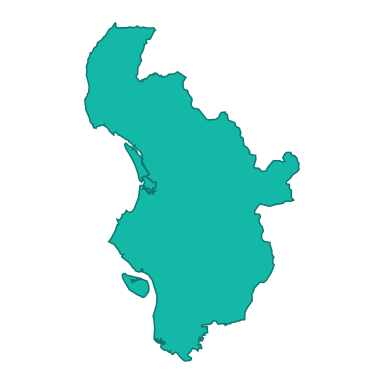 Muisne, Esmeraldas, Ecuador
{"feature_id": "8360857B78809265584676", "entity_name": "Muisne", "entity_type": "district", "adm_level": 2, "iso_a3": "ECU", "parent_name": "Ecuador", "parent_adm1": "Esmeraldas", "projection": "albers", "projection_center": [-79.984, 0.54], "detail": "fine", "context": "isolated", "style": "filled", "palette": "teal", "viewbox_px": 384, "rotation_deg": 0, "n_neighbors": 0, "source": "geoboundaries", "source_scale": "gbopen_adm2", "svg_char_len": 6016}
<svg xmlns="http://www.w3.org/2000/svg" viewBox="0 0 384 384"><path d="M153.6,27.8L148.9,28.2L142.9,27.2L141.3,27.8L138.9,27.2L137.2,26.0L135.8,27.1L131.9,27.8L130.0,26.8L128.0,27.6L118.4,27.9L116.2,27.2L115.5,25.7L116.0,24.0L115.4,23.0L114.7,23.3L112.0,27.7L109.4,29.1L104.9,36.4L104.0,36.7L101.6,39.9L97.6,42.6L96.5,46.4L93.8,48.3L92.8,51.3L91.4,53.1L90.4,52.8L89.7,56.3L88.0,59.2L87.9,62.2L86.4,66.9L86.9,70.9L86.4,74.6L89.2,86.0L88.7,92.5L87.5,93.8L87.3,95.9L85.0,99.2L84.9,100.8L86.0,110.1L89.4,117.8L90.2,121.8L92.3,124.4L92.9,124.6L93.5,123.8L93.0,125.7L93.7,127.6L93.2,128.1L94.5,127.6L96.0,128.4L96.9,126.6L104.4,124.5L103.8,125.4L107.5,127.8L109.9,131.5L113.8,135.1L114.0,132.8L115.7,132.0L118.3,134.9L120.0,135.3L126.1,139.5L128.4,140.1L128.7,141.5L132.2,144.1L133.8,146.3L135.5,144.6L134.3,146.7L139.2,150.4L141.3,153.1L142.7,158.8L142.1,162.2L143.9,164.3L145.9,169.1L149.3,173.3L148.8,174.9L147.0,176.1L147.2,177.3L151.2,180.1L153.0,182.4L155.8,181.9L156.2,182.3L156.3,183.0L155.4,187.9L154.9,188.4L153.1,188.6L153.1,191.3L151.4,191.6L152.8,193.4L154.4,191.1L155.3,190.6L155.7,190.7L154.3,191.6L152.9,194.0L151.0,192.4L150.0,193.1L150.2,194.6L149.9,193.8L149.0,194.2L144.4,188.4L142.7,189.1L143.7,187.7L143.0,185.4L140.6,185.4L139.9,185.9L138.6,197.5L134.1,209.1L131.9,211.7L129.9,212.4L128.2,212.1L126.3,210.4L125.0,213.0L123.3,214.4L122.1,214.5L122.4,215.6L120.2,219.4L119.1,220.1L117.0,219.3L118.9,224.2L117.3,224.7L115.0,231.4L110.9,238.9L108.6,241.6L114.0,244.3L118.8,250.5L120.3,253.6L121.9,255.0L123.3,254.6L121.7,256.9L128.2,261.9L131.6,265.7L132.8,268.1L133.9,267.9L135.5,270.8L139.1,272.1L141.2,270.6L142.4,270.8L142.4,269.6L141.6,270.0L141.2,269.4L142.2,268.2L141.4,269.6L142.6,269.5L142.7,270.8L141.1,270.9L140.6,271.6L143.9,272.2L149.5,275.5L149.4,276.5L152.2,279.9L157.0,295.8L156.6,304.7L153.1,316.4L153.9,318.7L154.7,328.3L154.1,338.2L157.7,339.5L160.2,342.5L163.6,344.2L164.4,342.0L161.4,341.8L160.7,341.3L160.7,339.2L161.4,338.0L161.2,341.4L164.1,341.4L164.9,342.4L164.0,344.4L161.4,344.0L160.7,346.4L161.5,348.2L164.2,350.1L167.1,350.6L168.7,351.9L169.8,351.3L169.3,352.2L170.9,352.6L172.0,354.3L173.1,354.2L175.2,352.3L176.7,352.6L180.0,356.9L183.8,360.4L185.4,361.0L190.3,360.3L191.4,359.4L191.2,357.8L188.4,356.3L187.9,355.2L188.3,353.7L190.5,351.8L192.6,348.2L196.6,349.6L197.8,351.0L198.9,348.1L201.3,348.5L201.9,348.0L200.6,344.5L199.1,345.4L198.0,345.0L199.0,343.5L198.5,341.5L199.4,337.6L199.9,337.2L200.9,337.8L200.2,341.0L202.1,340.9L203.5,338.5L202.1,336.4L202.2,335.3L204.9,335.0L203.6,334.1L203.9,333.5L207.6,332.7L207.1,326.6L202.4,327.0L201.5,326.4L201.6,325.4L210.4,324.1L211.9,323.2L213.1,320.9L215.7,320.8L218.1,324.2L220.4,324.1L221.8,323.3L222.9,323.8L224.9,323.5L225.2,323.9L224.6,324.6L225.5,325.5L226.6,324.0L227.2,324.4L227.7,323.8L229.5,323.8L229.1,322.9L230.1,323.7L230.5,322.8L231.1,323.1L232.4,322.2L235.4,322.0L238.2,320.7L239.4,321.0L241.2,319.9L244.6,319.7L245.0,312.2L247.4,307.5L252.2,300.8L251.8,294.3L253.7,290.7L254.1,288.4L259.1,282.9L260.6,282.1L263.7,282.5L266.6,280.0L271.2,272.7L274.1,265.0L272.6,262.5L272.9,259.2L273.9,257.1L271.9,254.3L271.9,250.5L270.0,244.8L270.0,242.5L264.1,241.4L261.6,238.8L261.5,234.3L263.4,231.1L262.2,226.5L261.1,225.8L259.1,221.9L259.0,219.9L260.3,217.2L260.2,215.7L259.5,214.5L257.9,214.0L254.8,214.1L254.6,210.9L258.8,205.1L260.5,204.0L269.6,206.3L275.6,204.5L282.7,203.4L285.6,201.2L291.0,201.2L293.8,200.1L291.4,197.8L291.4,190.4L289.3,188.4L289.5,184.4L286.7,184.0L285.8,182.4L290.7,177.7L293.0,174.5L296.5,172.3L299.1,169.4L298.5,166.7L299.1,163.8L297.4,161.0L297.1,158.4L294.9,155.9L292.1,155.4L290.7,152.4L286.8,152.4L284.8,153.9L282.8,157.8L284.6,161.3L282.7,162.1L279.4,160.7L273.4,160.7L268.0,167.1L265.9,171.1L261.7,171.4L258.9,168.3L254.1,167.8L253.8,166.4L255.9,159.3L255.6,155.3L251.1,154.7L249.0,152.8L249.7,152.1L249.0,150.1L246.9,147.4L244.0,145.7L243.0,138.8L242.6,137.5L241.3,137.7L240.1,135.3L240.7,134.1L240.1,133.3L240.8,132.7L239.4,128.2L235.6,126.2L235.1,123.4L234.1,122.4L228.2,120.2L227.3,114.9L226.6,114.0L225.4,113.9L225.4,112.1L221.3,112.4L220.0,114.1L218.8,117.4L215.6,119.4L208.2,119.9L206.9,119.6L198.5,109.1L194.3,108.5L192.3,107.4L191.0,104.7L192.1,99.9L191.8,98.2L188.6,94.2L187.5,90.4L184.1,89.5L183.2,87.5L183.0,82.1L185.9,77.4L177.5,71.8L174.5,73.9L169.0,74.2L166.4,76.5L165.4,76.3L163.3,77.4L161.3,75.3L159.6,76.3L156.6,73.3L156.0,73.8L155.0,73.0L154.0,73.6L154.2,74.5L152.5,74.3L152.5,75.3L150.3,74.7L147.3,77.5L147.0,78.8L146.1,79.2L145.0,78.5L143.4,79.7L142.3,79.7L142.6,81.1L141.4,80.6L141.2,81.7L140.1,81.6L136.3,77.3L136.3,75.6L137.6,74.2L138.0,66.6L139.4,65.1L140.5,61.7L141.7,60.7L140.6,57.9L140.4,54.8L142.0,52.8L143.8,48.3L144.3,44.8L146.9,42.9L146.1,41.3L146.6,39.6L150.3,39.0L153.9,31.6L155.4,30.0L153.6,27.8ZM126.4,275.0L125.2,273.6L123.4,273.6L122.4,274.8L122.5,276.8L123.2,279.1L129.5,289.9L139.0,295.7L140.9,295.8L141.1,296.7L142.9,297.4L144.8,296.7L148.1,292.5L148.9,290.1L148.7,285.8L147.0,281.2L141.2,278.8L141.2,279.4L139.5,279.2L138.4,280.2L137.7,280.4L136.7,279.6L135.1,280.6L131.5,280.0L132.0,281.7L132.7,280.7L133.1,280.5L134.2,280.7L134.8,281.4L134.6,281.9L133.6,281.7L134.5,281.2L133.0,280.7L131.8,281.9L131.1,279.6L135.2,280.3L136.7,279.3L138.0,280.1L140.6,278.5L126.4,275.0ZM132.8,147.5L128.5,145.7L126.1,143.2L124.6,144.2L125.4,147.6L130.7,156.3L135.2,165.3L138.2,174.2L139.4,180.3L141.7,182.2L142.4,180.2L141.7,178.2L143.6,176.3L145.2,176.4L147.7,175.2L148.7,173.4L141.9,164.0L141.3,161.9L141.7,159.2L141.0,157.0L137.1,153.6L136.8,152.1L135.3,151.3L136.9,151.6L135.5,149.6L132.7,149.6L133.8,148.7L132.8,148.2L132.8,147.5ZM146.7,176.3L143.9,176.6L142.5,178.0L144.6,182.3L143.6,184.8L145.5,188.6L146.4,188.9L148.1,188.0L152.4,191.3L152.8,188.3L154.9,188.2L155.5,187.5L156.1,182.4L152.6,182.6L151.0,180.4L147.3,177.9L146.7,176.3ZM149.4,192.6L150.9,191.4L150.8,190.4L148.6,188.8L147.3,188.6L146.2,190.0L149.4,192.6ZM157.1,339.6L154.7,339.7L156.1,341.5L158.5,343.0L160.1,343.2L157.1,339.6Z" fill="#14b8a6" stroke="#0f766e" stroke-width="1.5"/></svg>